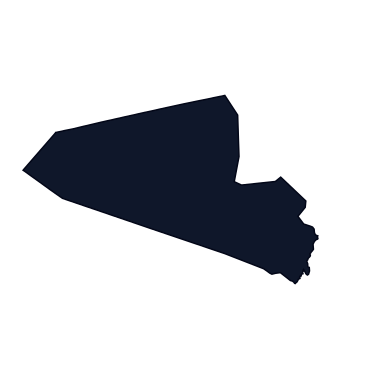 the district of Tombouctou, Timbuktu, Mali, rotated 311°
{"feature_id": "8926073B54989133575544", "entity_name": "Tombouctou", "entity_type": "district", "adm_level": 2, "iso_a3": "MLI", "parent_name": "Mali", "parent_adm1": "Timbuktu", "projection": "robinson", "projection_center": [-3.022, 20.751], "detail": "fine", "context": "isolated", "style": "filled", "palette": "ink", "viewbox_px": 384, "rotation_deg": 311, "n_neighbors": 0, "source": "geoboundaries", "source_scale": "gbopen_adm2", "svg_char_len": 2920}
<svg xmlns="http://www.w3.org/2000/svg" viewBox="0 0 384 384"><g transform="rotate(311 192 192)"><path d="M261.4,249.2L254.6,248.0L229.7,224.8L227.5,217.1L249.6,204.2L261.2,193.4L280.0,176.0L286.4,153.4L286.1,153.2L285.2,152.5L285.0,152.4L284.3,151.9L283.9,151.6L282.4,150.4L282.2,150.2L281.9,150.0L278.9,147.7L278.0,147.0L277.1,146.3L276.8,146.1L276.0,145.5L275.8,145.4L272.0,142.5L264.0,136.3L257.8,131.6L253.5,128.3L245.6,122.4L242.5,120.1L238.5,117.1L237.5,116.4L236.9,115.9L236.0,115.3L235.0,114.5L234.4,114.1L234.1,113.8L229.1,110.2L222.7,105.4L222.4,105.2L221.4,104.4L221.1,104.2L220.7,103.8L220.3,103.6L219.5,103.0L217.5,101.5L217.2,101.3L216.5,100.8L216.3,100.6L215.7,100.2L215.2,99.8L213.9,98.9L212.8,98.1L212.1,97.6L210.9,96.7L209.6,95.7L209.1,95.4L208.9,95.2L207.5,94.2L204.6,92.0L202.4,90.4L200.0,88.7L199.6,88.4L199.4,88.2L196.7,86.2L193.9,84.2L192.7,83.3L190.2,81.4L187.2,79.2L185.8,78.2L185.6,78.0L183.2,76.3L174.7,70.2L174.1,69.8L171.4,67.8L171.0,67.5L161.3,60.6L154.6,55.4L152.6,54.0L149.1,51.3L148.5,50.9L147.5,50.1L147.4,50.2L142.7,50.2L135.8,50.2L134.6,50.2L125.5,50.2L113.8,50.2L105.5,50.2L100.7,50.2L97.9,50.2L97.6,50.3L97.7,50.5L97.7,51.0L97.9,52.4L98.5,59.3L99.6,71.0L100.2,77.9L100.7,83.6L100.9,85.4L100.9,85.5L101.2,88.1L101.3,89.7L101.4,90.0L101.4,90.3L101.6,92.4L101.7,93.0L101.8,93.9L101.8,94.3L101.9,95.1L101.9,95.5L102.1,96.6L102.2,97.8L102.2,98.3L128.5,162.9L138.0,186.3L167.0,257.1L181.1,296.4L181.5,300.1L181.8,303.9L182.4,306.2L185.5,308.4L189.1,311.6L189.6,321.2L189.7,324.1L190.0,325.0L190.4,325.7L190.7,326.6L190.7,327.6L190.7,328.4L190.4,329.1L190.4,329.5L190.7,330.0L191.4,329.8L192.2,330.2L192.9,330.2L193.6,330.1L194.2,330.0L194.8,329.9L195.1,329.6L195.5,329.6L196.0,329.6L196.9,329.9L197.5,330.2L197.8,330.1L197.9,329.9L198.0,329.6L198.1,329.2L198.3,329.0L198.5,329.0L198.8,329.1L199.0,329.0L199.3,328.8L199.7,328.9L199.8,329.0L200.0,329.2L200.0,329.4L200.3,329.3L200.6,329.2L200.9,329.1L201.1,328.9L201.5,328.6L201.9,328.6L202.3,328.7L202.5,328.8L202.7,329.2L202.9,329.4L203.2,329.3L203.2,329.2L203.4,328.8L203.5,328.6L203.7,328.3L204.0,328.2L204.4,327.9L204.7,328.0L205.0,328.0L205.4,327.9L205.5,327.9L205.6,327.7L205.5,327.4L205.6,327.2L205.9,327.2L206.1,327.4L206.4,327.4L206.5,327.2L206.7,326.9L206.8,326.9L206.6,327.6L205.6,330.3L205.1,331.3L204.9,332.5L205.1,333.6L206.4,333.9L209.5,332.5L212.0,330.0L211.6,329.1L211.7,328.3L212.8,327.3L213.9,326.2L214.0,326.0L214.0,325.9L215.2,323.8L215.8,323.7L216.4,323.9L217.0,323.7L217.9,323.3L218.8,323.2L219.5,323.3L220.5,323.3L221.3,323.2L222.1,322.7L222.4,321.6L223.1,321.4L223.7,321.6L224.6,321.4L226.9,321.4L228.5,321.2L231.6,318.0L232.1,317.6L233.8,317.1L235.2,316.8L237.8,317.0L238.4,317.5L239.0,317.7L239.7,317.4L240.4,316.0L241.4,315.8L240.6,313.2L241.7,311.0L244.1,308.5L244.6,306.0L243.9,303.9L241.1,297.3L243.1,287.9L254.7,287.5L259.9,283.8L261.4,249.2Z" fill="#0f172a" stroke="#020617" stroke-width="1.5"/></g></svg>